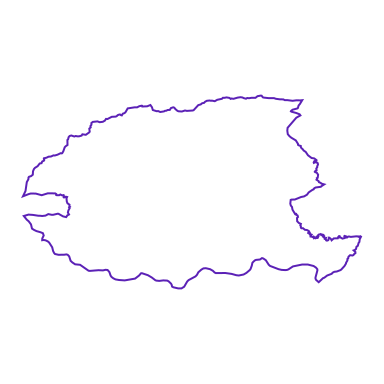 outline of Ebéjico, Antioquia, Colombia, rotated 270°
{"feature_id": "7082276B74110023604891", "entity_name": "Ebéjico", "entity_type": "district", "adm_level": 2, "iso_a3": "COL", "parent_name": "Colombia", "parent_adm1": "Antioquia", "projection": "equal_earth", "projection_center": [-75.78, 6.323], "detail": "fine", "context": "isolated", "style": "outline", "palette": "violet", "viewbox_px": 384, "rotation_deg": 270, "n_neighbors": 0, "source": "geoboundaries", "source_scale": "gbopen_adm2", "svg_char_len": 6029}
<svg xmlns="http://www.w3.org/2000/svg" viewBox="0 0 384 384"><g transform="rotate(270 192 192)"><path d="M143.8,42.2L144.0,43.8L143.7,45.5L142.6,47.8L141.5,49.1L136.7,52.2L133.0,53.1L131.0,54.1L130.0,55.0L129.2,58.5L129.3,64.3L129.6,66.4L129.2,67.7L127.6,69.2L123.2,70.6L121.6,72.3L119.7,75.1L119.2,80.1L113.3,88.5L113.1,89.8L113.8,98.5L113.6,103.0L114.2,105.5L114.0,107.6L111.9,109.4L108.4,110.6L107.1,111.5L105.7,113.3L104.6,115.5L104.0,119.0L103.6,124.7L105.4,135.1L108.5,139.1L110.7,141.0L110.8,141.9L108.8,147.9L106.5,151.8L103.8,155.3L103.4,156.3L103.1,159.3L103.6,163.3L103.4,167.2L102.7,168.6L100.4,171.0L99.4,171.6L97.4,172.1L96.7,173.4L95.6,178.2L95.6,181.5L97.3,184.2L102.5,187.2L103.9,188.6L107.6,195.5L109.2,197.0L111.7,198.3L114.4,201.4L115.6,203.4L115.8,205.8L114.8,210.1L113.2,212.9L111.5,214.6L110.9,215.9L111.0,225.3L110.1,231.6L108.8,236.3L108.5,238.8L109.5,243.6L111.1,246.4L114.0,249.8L115.1,250.6L118.4,251.8L121.2,252.4L122.3,253.4L123.7,255.0L124.1,256.0L124.5,260.0L125.9,262.0L125.5,263.3L123.8,265.8L119.3,268.7L118.1,270.0L114.8,278.6L114.1,281.7L113.9,285.5L114.1,287.1L114.6,288.4L117.6,293.0L119.5,302.3L119.5,307.7L118.0,313.6L116.4,316.0L114.8,317.3L113.6,317.4L106.5,315.5L105.4,315.5L104.2,316.0L101.8,318.7L105.9,323.1L106.3,324.3L108.5,327.2L110.2,331.7L111.3,332.6L112.2,334.3L112.5,336.8L113.9,340.5L114.5,341.3L118.0,344.5L120.5,346.0L121.3,346.1L123.5,347.4L125.0,347.4L125.6,348.2L126.8,348.3L127.4,348.6L128.8,350.1L128.5,352.5L128.9,353.4L130.1,354.3L130.8,355.4L132.0,355.4L133.6,353.7L134.0,354.8L135.0,356.0L137.3,356.5L138.2,357.8L141.1,358.6L142.1,359.4L144.7,359.7L147.3,361.0L147.8,360.2L147.1,358.9L147.7,358.0L147.5,357.4L147.7,356.4L147.1,350.8L147.5,349.0L147.4,348.2L146.5,347.0L147.5,346.4L148.1,344.6L147.8,344.3L146.4,345.1L146.0,344.9L145.4,342.4L146.3,341.0L146.5,339.8L147.7,339.8L147.9,339.6L147.9,339.0L146.8,338.1L145.7,337.8L145.6,333.8L143.7,331.6L144.8,331.1L146.3,329.4L146.4,329.0L143.9,328.3L143.5,327.6L143.4,326.7L143.7,326.1L144.8,325.9L145.0,325.1L145.8,325.6L145.6,324.8L145.9,324.4L147.3,324.3L147.1,323.4L147.3,323.1L148.2,323.9L148.8,323.7L149.2,323.2L149.5,321.9L148.9,321.7L148.9,321.3L149.9,320.6L149.6,319.9L149.6,319.1L148.8,318.1L147.9,318.3L147.8,317.4L147.4,316.7L147.1,317.0L147.1,318.1L146.2,317.8L146.0,317.3L146.1,316.3L145.7,315.6L146.3,314.5L145.8,313.9L146.3,313.6L147.2,313.9L147.5,313.6L147.0,312.3L147.5,311.5L147.5,310.5L148.1,310.4L149.4,311.5L149.6,311.0L149.2,310.4L149.7,310.2L149.8,309.7L150.7,309.9L151.1,308.2L151.4,308.3L152.1,309.3L153.0,308.8L154.0,306.9L154.2,304.9L155.8,303.0L155.7,301.7L155.9,301.2L156.7,300.8L157.8,300.9L158.6,300.3L160.1,300.9L161.0,298.9L162.7,297.2L166.0,297.0L167.0,298.0L168.5,297.6L169.4,295.9L169.7,296.4L170.2,296.1L170.4,295.2L170.8,294.6L174.3,292.5L177.0,292.0L178.5,290.8L180.4,290.3L184.1,290.7L184.4,291.5L184.5,294.9L187.0,301.1L187.6,304.1L189.3,307.0L191.6,308.7L194.0,312.2L194.7,313.7L195.3,313.8L196.0,314.7L196.5,315.7L197.2,320.8L197.8,321.4L199.6,324.2L200.4,321.4L201.1,320.7L201.8,319.0L202.9,318.6L204.3,316.5L205.3,317.1L205.9,316.9L206.3,317.7L209.3,318.1L211.4,316.7L211.8,315.2L212.2,314.8L213.1,315.4L213.8,316.6L215.5,316.3L216.7,317.2L217.7,317.2L219.5,318.0L220.9,317.7L221.3,317.1L221.8,315.2L221.1,313.9L221.6,313.7L222.9,314.4L223.5,316.5L223.9,316.5L225.6,314.2L226.0,311.6L228.7,308.0L232.1,305.7L233.5,303.6L234.8,302.7L235.9,301.4L237.0,300.8L238.0,300.8L238.6,298.9L239.2,298.0L240.1,298.0L243.6,295.8L246.3,291.3L247.8,289.5L249.8,287.8L253.3,287.3L256.2,287.6L266.3,296.3L268.6,300.4L269.7,299.6L271.0,296.3L272.3,291.5L272.7,290.9L273.1,291.1L274.3,292.6L275.6,297.5L276.0,297.9L278.5,298.6L280.0,299.9L283.8,302.2L283.6,300.2L283.7,296.5L283.2,292.6L283.9,287.1L283.9,284.7L284.6,283.3L284.7,279.7L285.2,275.9L285.9,273.9L285.9,268.4L286.4,263.8L286.7,262.8L288.3,261.6L288.4,260.7L287.8,257.5L286.2,255.5L286.2,251.6L285.8,249.0L286.0,247.2L285.3,246.0L285.9,243.7L286.5,242.5L286.8,240.6L286.4,237.7L285.2,233.5L285.5,231.4L285.1,230.7L286.1,229.4L286.6,226.5L286.2,224.6L286.2,222.9L285.2,221.9L284.2,217.2L282.8,214.8L283.4,211.8L283.2,211.1L283.5,209.6L283.2,206.8L282.2,205.0L281.1,204.0L280.9,202.7L280.5,201.7L279.6,200.8L278.9,198.3L273.8,193.6L273.5,192.7L273.1,186.9L273.5,185.0L272.5,181.9L272.7,178.6L273.1,177.5L274.9,175.4L276.3,174.3L276.7,173.2L275.9,170.9L274.1,169.8L274.0,167.6L273.3,166.3L273.2,165.0L272.6,164.0L272.0,160.2L272.9,158.3L272.8,156.6L274.0,152.8L276.7,152.0L279.0,150.4L277.7,147.2L277.5,142.3L278.2,142.1L278.3,141.7L277.8,139.3L276.7,137.2L276.7,134.8L275.6,127.7L271.8,125.5L270.9,124.5L270.3,122.8L268.6,121.8L268.9,120.8L269.5,120.1L269.5,119.4L268.8,117.6L268.0,116.9L267.4,115.8L267.2,111.8L265.0,107.5L265.1,106.0L263.4,104.9L262.2,102.8L261.8,99.6L262.6,97.5L262.1,92.8L261.0,91.4L259.2,91.4L257.9,90.4L256.6,90.7L255.4,89.3L252.3,89.7L251.6,89.2L249.2,85.8L249.7,82.4L248.4,81.6L247.7,79.1L247.7,77.2L248.0,75.7L247.5,74.3L248.5,71.3L248.0,69.6L246.8,68.6L244.7,68.1L244.0,67.4L239.0,67.5L237.7,65.6L236.7,64.7L232.7,63.3L230.8,62.2L230.6,61.6L230.8,60.6L229.3,57.5L228.5,54.8L228.6,53.4L227.5,51.0L227.3,48.5L226.3,46.5L225.7,43.9L225.1,43.8L224.1,44.3L223.4,44.0L222.5,42.2L220.8,41.5L220.5,39.7L217.8,37.6L216.1,34.9L214.9,33.9L212.7,33.0L209.3,32.8L207.9,31.1L207.2,29.0L206.5,28.5L204.8,28.4L201.9,26.8L193.0,25.5L187.7,23.0L190.0,28.9L190.5,30.9L190.4,35.8L188.8,41.7L190.7,47.9L190.6,55.2L190.0,56.2L189.1,56.1L188.8,56.7L188.8,59.2L189.5,60.3L188.6,62.2L188.9,63.6L187.6,64.1L186.9,63.6L186.6,63.8L186.6,64.5L187.3,65.8L187.0,67.1L185.6,66.5L182.5,66.8L180.7,67.5L179.3,69.5L177.7,69.4L177.2,69.9L176.6,69.1L175.7,69.6L173.6,68.4L171.4,67.9L169.5,69.0L168.6,67.3L166.9,66.2L167.6,63.1L170.2,58.5L170.3,57.8L169.2,53.1L169.2,51.7L169.9,48.3L168.4,45.5L168.0,42.1L168.2,40.7L168.3,38.1L169.1,32.8L169.4,28.5L168.0,23.8L164.3,26.8L162.7,28.7L159.6,31.0L155.4,32.0L154.1,34.0L152.9,36.5L151.8,40.4L150.8,42.9L148.5,43.7L145.6,42.3L143.8,42.2Z" fill="none" stroke="#5b21b6" stroke-width="2"/></g></svg>